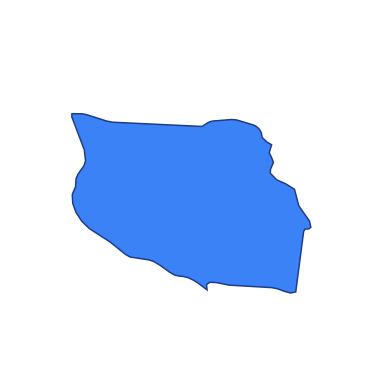 SVG path tracing the border of Obock, rotated 127°
{"feature_id": "DJI-1570", "entity_name": "Obock", "entity_type": "Region", "adm_level": 1, "iso_a3": "DJI", "parent_name": "Djibouti", "parent_adm1": "", "projection": "equal_earth", "projection_center": [43.052, 12.273], "detail": "fine", "context": "isolated", "style": "filled", "palette": "blue", "viewbox_px": 384, "rotation_deg": 127, "n_neighbors": 0, "source": "natural_earth", "source_scale": "10m", "svg_char_len": 1035}
<svg xmlns="http://www.w3.org/2000/svg" viewBox="0 0 384 384"><g transform="rotate(127 192 192)"><path d="M153.8,79.5L156.3,79.1L209.4,49.0L213.4,52.6L215.7,58.4L217.6,64.9L220.2,70.5L244.1,106.4L249.9,118.5L253.3,123.3L257.1,124.7L261.1,121.1L261.1,132.7L261.6,138.2L262.8,143.7L264.8,148.3L267.0,151.9L268.8,155.9L269.5,161.7L269.8,174.3L270.6,180.9L272.1,185.5L281.2,202.3L281.9,207.9L281.2,227.1L283.0,251.9L281.7,262.4L278.2,272.2L272.9,280.3L266.4,285.9L264.4,286.6L257.9,288.1L251.2,292.6L246.3,293.8L235.8,294.1L231.2,295.8L223.2,303.3L204.4,333.1L203.1,334.1L201.7,335.0L195.9,327.2L193.8,323.1L186.9,303.4L184.1,297.5L133.6,223.4L127.3,221.1L124.8,219.8L122.6,217.9L110.4,204.1L108.6,201.4L107.3,199.0L101.6,183.5L101.0,181.0L101.0,178.5L101.4,176.0L102.1,174.0L103.0,172.3L106.3,168.7L107.0,162.1L106.4,156.8L114.1,154.0L117.5,147.6L119.5,144.7L126.8,142.9L129.9,140.7L131.3,131.8L129.0,121.5L128.2,111.7L138.8,98.4L144.5,80.7L148.6,75.9L150.8,76.3L153.8,79.5Z" fill="#3b82f6" stroke="#1e3a8a" stroke-width="1.5"/></g></svg>